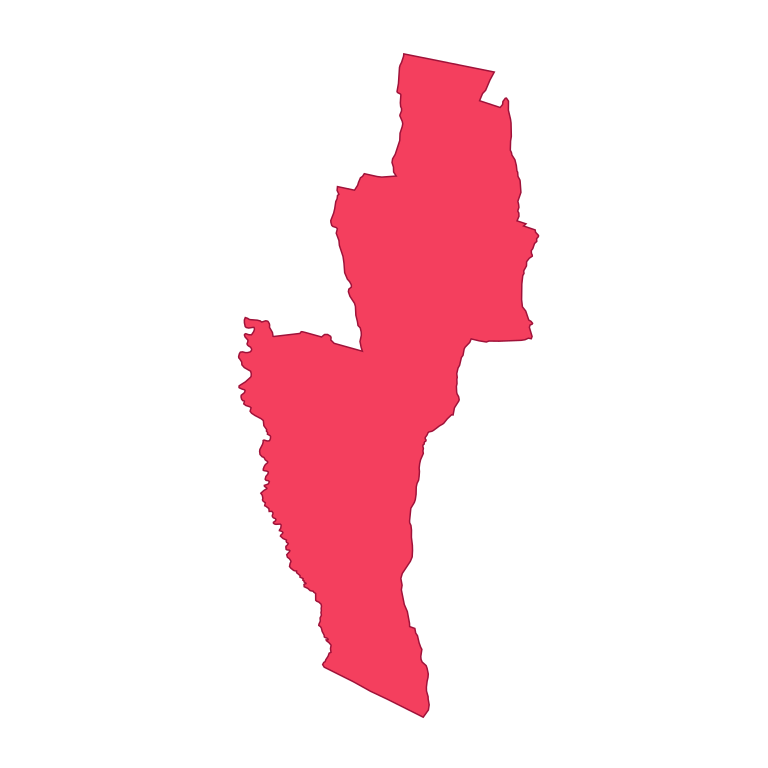 the district of Acuamanala de Miguel Hidalgo, Tlaxcala, Mexico, rotated 93°
{"feature_id": "50627088B41690170063665", "entity_name": "Acuamanala de Miguel Hidalgo", "entity_type": "district", "adm_level": 2, "iso_a3": "MEX", "parent_name": "Mexico", "parent_adm1": "Tlaxcala", "projection": "equal_earth", "projection_center": [-98.159, 19.216], "detail": "fine", "context": "isolated", "style": "filled", "palette": "rose", "viewbox_px": 768, "rotation_deg": 93, "n_neighbors": 0, "source": "geoboundaries", "source_scale": "gbopen_adm2", "svg_char_len": 6150}
<svg xmlns="http://www.w3.org/2000/svg" viewBox="0 0 768 768"><g transform="rotate(93 384 384)"><path d="M669.9,428.9L682.9,399.1L691.6,381.3L698.4,364.7L714.7,327.4L707.2,322.6L702.0,322.1L696.3,323.4L693.9,323.6L688.4,325.5L684.5,325.8L678.7,325.4L674.7,324.7L671.3,324.6L665.6,326.1L663.0,327.2L659.6,331.4L657.0,332.6L654.2,333.0L647.0,332.3L644.9,333.6L640.6,335.4L633.6,337.4L631.1,339.3L626.5,340.4L624.9,345.7L621.6,346.0L610.0,348.8L603.1,352.2L588.6,355.9L584.0,355.4L577.3,357.0L572.2,355.8L559.7,348.4L555.2,346.8L548.8,346.8L543.7,347.2L535.7,348.6L528.4,348.9L523.8,349.7L521.3,351.1L519.3,351.3L506.7,350.7L500.7,347.5L497.9,346.7L492.6,346.2L485.1,346.4L481.5,345.8L478.2,344.4L474.4,344.1L469.6,344.0L466.1,344.5L461.6,344.2L457.7,343.5L451.3,341.1L448.8,341.6L446.2,341.3L444.5,341.9L443.0,341.9L441.8,340.7L440.7,340.8L439.6,340.4L438.9,339.3L438.3,339.1L437.4,339.2L436.6,340.0L435.2,340.0L432.8,338.4L430.2,337.4L429.5,336.6L428.7,333.7L427.7,332.1L422.9,326.4L421.0,323.4L420.1,322.3L415.4,318.9L411.2,314.9L411.3,313.4L404.1,312.4L396.8,308.3L395.7,308.1L392.8,308.8L390.1,310.5L388.4,311.0L382.5,311.6L379.9,311.1L375.4,311.5L373.6,311.2L369.9,311.9L364.2,310.9L361.4,309.5L353.5,308.1L351.2,306.6L344.9,305.8L343.1,305.0L338.0,300.6L334.4,299.3L335.9,291.3L336.7,284.0L335.6,281.4L335.2,271.3L333.2,249.3L332.4,245.5L330.7,242.2L331.1,239.3L328.8,238.6L319.8,241.8L317.4,241.2L316.6,239.3L315.6,238.8L313.8,240.4L312.5,242.8L303.7,246.3L299.7,249.8L292.6,251.0L277.0,251.6L268.5,251.1L266.3,250.0L263.7,250.4L258.6,247.9L254.4,248.0L250.8,245.5L248.6,242.6L247.5,242.7L245.8,243.6L243.1,243.9L241.0,242.5L235.8,241.0L233.6,238.9L230.9,239.2L228.9,237.6L227.9,237.4L227.2,237.8L224.5,240.6L222.2,241.1L218.9,252.9L216.6,250.6L214.1,259.7L209.5,258.0L206.2,258.3L204.3,259.5L200.5,258.5L197.4,259.0L194.6,259.9L185.5,257.3L174.9,258.6L173.3,258.9L169.6,261.1L165.5,261.6L164.2,262.4L158.8,263.3L153.2,265.0L148.7,268.2L146.1,268.9L143.9,270.1L134.7,270.3L130.0,269.8L116.7,270.8L113.0,271.5L104.1,274.1L95.0,274.5L92.1,276.7L92.3,277.8L95.6,280.0L98.7,280.2L101.8,282.5L96.1,303.4L88.8,300.8L85.4,297.9L74.7,294.0L66.7,290.2L53.3,381.5L55.6,381.6L61.9,383.3L64.8,384.6L67.0,385.1L83.2,385.3L91.2,386.3L92.2,385.8L93.6,382.7L94.4,382.3L102.4,382.4L106.0,381.9L108.0,380.9L110.4,380.8L114.2,382.1L115.3,382.2L120.8,379.5L123.2,378.9L126.1,379.3L132.7,381.1L140.0,381.0L154.0,384.8L158.7,387.2L162.4,387.6L166.9,385.9L171.8,385.5L175.7,382.7L177.5,397.1L177.2,401.6L175.0,414.7L177.8,416.3L179.3,418.3L184.0,420.0L186.9,420.7L192.0,423.6L189.3,440.8L193.1,441.0L196.9,439.0L198.2,440.3L201.3,440.5L204.3,441.7L211.5,442.4L215.9,443.2L223.5,445.7L225.3,445.5L228.3,444.5L229.3,443.4L230.3,439.8L231.4,438.7L235.9,439.6L243.1,436.5L248.0,435.8L258.8,431.6L265.4,430.3L274.9,429.1L281.3,426.0L283.6,423.7L286.7,421.8L289.0,421.7L291.1,424.1L293.7,424.4L298.2,422.6L304.9,417.7L308.0,416.6L316.8,415.7L323.1,413.8L327.0,413.0L329.1,410.7L333.2,409.5L336.5,409.2L342.8,410.2L348.4,408.8L352.4,407.3L346.0,435.9L342.8,439.4L340.5,439.3L339.2,439.8L337.5,442.9L337.7,446.0L340.3,448.8L336.6,465.5L336.1,468.2L336.1,469.4L337.9,470.6L342.3,496.4L342.2,497.3L338.4,498.1L333.4,501.3L331.1,501.3L329.7,501.7L327.6,503.1L327.2,504.1L327.1,505.6L328.3,508.7L328.4,509.7L327.5,510.8L326.9,513.9L326.7,521.2L326.3,522.5L325.6,523.5L324.9,526.0L327.4,526.8L330.2,526.6L333.9,525.6L334.8,524.5L335.2,522.1L334.3,517.7L334.3,516.8L335.0,516.4L336.6,516.3L338.7,517.0L341.8,518.9L341.9,521.5L341.0,524.7L341.5,525.6L342.3,526.0L344.3,525.2L347.3,522.2L348.9,522.2L351.1,522.9L352.1,522.4L353.0,521.4L354.2,519.2L355.9,518.1L356.8,518.0L357.9,518.4L359.1,519.6L359.8,522.1L359.9,524.0L359.3,526.9L359.7,529.1L361.3,530.0L364.1,530.6L365.5,530.4L366.2,529.6L369.4,527.3L372.3,526.9L374.9,524.4L378.2,517.9L380.6,517.1L383.3,517.1L384.3,517.7L389.1,522.5L393.3,528.5L394.8,528.7L395.4,528.3L396.5,525.5L397.1,523.0L397.7,522.4L399.4,522.7L400.3,523.3L402.7,526.0L404.4,526.1L406.6,525.4L408.0,524.2L408.0,523.2L408.5,522.5L411.2,523.0L412.7,520.8L413.8,516.7L414.7,515.5L418.2,516.3L420.1,514.7L422.2,511.2L425.1,504.9L426.8,502.6L431.9,501.8L435.8,498.7L437.1,499.0L438.7,497.6L440.2,497.8L441.5,495.1L442.5,494.5L444.7,494.6L446.5,495.3L446.8,495.8L447.0,497.6L446.3,500.7L446.5,501.5L446.9,501.8L448.1,501.6L450.5,502.1L455.8,504.5L457.7,504.7L460.9,504.1L463.1,501.8L463.4,500.5L463.8,499.9L466.0,498.6L467.4,496.4L467.8,496.1L468.7,496.1L470.6,498.2L472.6,499.3L475.1,500.1L476.4,500.1L476.8,499.3L477.1,496.5L477.8,495.1L478.8,494.9L480.2,495.4L482.4,497.1L485.3,497.7L486.4,496.7L486.6,494.5L487.5,493.4L489.1,493.9L490.1,494.7L491.5,498.2L492.5,498.0L493.6,496.1L494.2,495.5L494.6,495.5L496.7,498.5L499.5,501.3L501.6,499.7L504.5,499.0L506.1,499.3L507.4,498.5L508.8,496.3L511.8,496.8L512.2,495.7L514.4,492.5L517.3,492.0L517.0,489.4L518.4,488.2L519.5,488.1L521.0,488.7L522.3,488.5L523.4,487.5L524.2,485.3L525.2,484.8L526.4,485.3L527.9,487.2L528.8,487.1L529.5,486.1L529.8,484.7L529.4,480.9L529.4,480.2L529.8,479.6L530.8,479.3L533.3,479.6L534.0,479.8L534.8,480.6L535.9,480.8L536.5,478.5L537.0,477.6L537.8,477.2L538.7,477.6L540.4,479.2L541.3,479.5L543.6,476.7L545.0,473.2L546.3,473.4L547.3,472.9L547.9,471.6L548.5,471.3L550.2,472.3L551.0,473.3L551.8,473.5L554.2,473.1L554.7,472.3L554.9,469.8L555.3,469.3L556.2,469.5L559.6,472.2L562.0,471.4L563.4,469.4L565.1,468.0L566.3,467.6L567.8,468.3L571.2,468.8L572.8,467.4L574.9,464.5L575.3,462.9L575.3,461.5L577.0,461.4L579.7,457.8L581.3,457.8L582.5,454.6L584.1,454.8L584.7,453.6L585.8,453.5L587.1,451.5L587.6,451.7L587.8,452.7L588.3,453.4L590.6,453.1L592.1,449.4L594.2,446.9L594.7,443.8L595.6,443.2L596.8,441.3L603.5,440.9L604.4,439.9L605.3,437.5L607.2,435.3L609.1,434.8L611.5,435.0L613.6,434.7L615.6,435.0L618.1,434.4L621.0,435.6L624.1,435.2L627.2,436.4L628.5,436.5L629.6,434.8L631.0,433.8L634.3,432.8L638.0,430.6L639.7,430.4L640.4,429.3L640.6,427.9L641.8,426.4L642.3,426.5L642.6,428.4L643.3,428.1L645.2,425.4L647.3,423.4L648.0,423.2L651.1,423.6L654.7,422.9L655.7,424.7L658.8,425.6L662.4,427.7L664.4,428.3L665.2,429.6L667.4,430.6L669.9,428.9Z" fill="#f43f5e" stroke="#9f1239" stroke-width="1.5"/></g></svg>